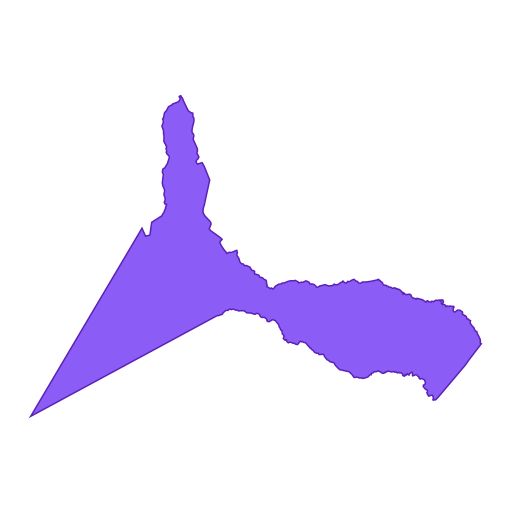 Cental Imenti, Eastern, Kenya
{"feature_id": "3690345B53474417583970", "entity_name": "Cental Imenti", "entity_type": "district", "adm_level": 2, "iso_a3": "KEN", "parent_name": "Kenya", "parent_adm1": "Eastern", "projection": "natural_earth1", "projection_center": [37.683, 0.042], "detail": "fine", "context": "isolated", "style": "filled", "palette": "violet", "viewbox_px": 512, "rotation_deg": 0, "n_neighbors": 0, "source": "geoboundaries", "source_scale": "gbopen_adm2", "svg_char_len": 6113}
<svg xmlns="http://www.w3.org/2000/svg" viewBox="0 0 512 512"><path d="M30.7,416.3L217.2,315.6L218.1,315.7L222.2,314.3L223.4,312.6L225.5,310.7L226.1,310.4L228.0,310.4L229.4,309.2L230.1,309.0L231.2,309.6L232.6,309.2L233.9,309.2L235.8,310.2L237.3,310.2L238.8,311.0L240.8,310.6L241.5,310.8L243.9,310.7L245.7,311.9L246.6,312.8L251.3,313.1L254.2,314.2L255.0,314.3L256.8,313.4L257.6,313.4L259.3,314.3L260.5,316.7L261.1,317.1L262.1,317.5L264.3,317.3L265.4,318.1L266.6,319.1L267.0,320.9L267.9,321.6L269.3,321.6L272.7,319.6L275.4,320.7L277.8,323.7L278.4,324.0L279.3,327.1L280.2,328.4L280.7,329.9L281.9,330.6L282.2,333.2L282.5,334.1L283.9,335.4L284.1,336.3L283.4,337.9L283.4,338.6L284.2,339.6L285.2,340.2L285.5,339.7L286.3,339.7L286.9,341.5L288.0,342.6L288.7,342.8L289.2,342.4L290.5,342.2L293.0,343.2L294.6,343.3L295.3,344.1L297.5,344.6L299.0,342.9L299.2,342.2L300.3,341.2L301.1,341.8L302.4,341.6L303.5,342.3L305.6,342.8L308.7,346.5L309.3,346.9L310.0,348.0L310.8,348.1L311.4,349.3L313.3,350.6L314.4,352.2L316.7,353.3L318.2,353.3L319.1,354.6L323.2,354.3L324.0,354.9L324.5,356.5L326.9,359.6L328.6,360.5L330.1,361.8L333.4,362.6L334.1,363.0L335.5,365.5L339.5,369.6L349.3,371.8L352.2,374.8L353.8,377.2L354.5,377.5L357.2,377.1L359.3,378.0L361.7,377.9L362.3,378.4L364.5,378.1L367.9,377.0L370.3,374.5L371.2,374.7L371.6,373.2L372.9,372.9L374.5,371.5L376.0,371.8L378.3,370.8L379.1,371.5L380.5,371.9L381.8,373.0L383.0,373.4L384.5,372.9L385.1,372.2L385.6,372.5L386.6,371.5L388.9,371.2L391.7,372.0L394.0,371.5L394.6,372.1L396.6,372.1L397.0,372.8L397.6,372.9L399.0,372.4L399.7,372.9L401.5,372.9L402.5,374.0L402.8,375.5L404.4,376.2L405.1,375.6L405.1,374.6L405.9,374.6L406.4,375.0L407.5,373.8L408.5,374.9L409.1,375.0L409.5,373.8L411.9,372.1L412.4,372.7L412.6,373.7L412.4,375.2L412.8,375.9L415.4,374.8L416.8,374.9L418.1,376.5L418.8,376.8L419.1,378.0L419.6,378.8L420.2,379.1L421.5,378.5L424.2,379.6L425.5,382.6L424.9,384.3L424.4,384.8L423.5,385.0L423.2,386.4L423.6,387.1L425.7,389.5L427.0,389.8L427.5,391.4L427.3,392.2L426.8,392.8L428.3,395.7L428.9,396.2L431.3,395.2L432.3,395.2L432.8,395.9L433.4,398.1L432.9,399.8L433.5,400.2L435.0,399.7L435.7,399.8L438.1,397.3L465.4,365.0L468.8,360.1L481.3,343.8L480.4,343.2L480.4,340.7L479.8,338.4L477.9,334.6L477.4,333.9L476.8,331.5L475.5,331.1L474.9,330.5L473.9,327.7L472.2,326.0L470.4,323.4L470.2,322.1L470.5,320.6L469.0,320.0L468.7,319.2L467.0,318.9L466.5,317.1L466.0,316.3L465.3,315.7L464.5,315.7L464.0,315.0L462.4,314.2L462.6,312.6L462.3,311.8L459.8,310.2L457.5,310.1L455.4,311.7L454.5,312.1L453.8,311.6L453.3,311.0L453.1,310.2L453.4,308.0L454.0,307.3L453.8,306.5L453.1,306.3L451.5,306.4L450.2,306.0L448.7,306.4L447.6,306.0L446.9,306.0L446.1,306.6L445.6,305.6L444.8,304.9L443.8,304.3L442.8,304.6L442.2,304.0L441.6,303.8L441.3,303.2L442.9,302.8L443.4,302.2L443.4,301.2L443.0,300.4L442.5,299.9L440.9,300.0L441.0,300.8L440.4,301.0L439.4,300.0L437.4,300.4L435.9,300.2L435.0,300.6L433.6,301.7L432.3,301.3L431.5,301.3L431.1,302.1L428.6,301.9L428.1,301.0L427.3,300.8L426.5,301.2L426.0,302.1L422.3,299.7L417.0,298.3L416.6,299.0L415.9,299.2L415.2,298.5L413.8,298.3L411.9,297.3L410.7,294.6L409.3,294.2L406.6,294.6L404.7,294.0L403.8,292.9L403.1,294.1L402.6,293.7L402.4,292.2L401.3,291.6L401.0,290.9L400.5,290.6L399.6,289.5L398.9,289.6L397.5,288.8L396.7,289.1L395.7,288.1L394.9,288.3L394.5,287.8L392.6,288.4L390.6,287.1L389.0,287.2L387.8,286.2L386.9,286.0L386.0,285.3L384.3,285.2L383.5,284.7L382.9,284.1L382.3,282.5L380.5,281.2L380.1,280.6L379.5,280.6L378.8,279.5L378.2,279.3L377.2,279.9L371.9,281.1L366.2,282.0L362.4,282.0L360.7,283.2L359.9,283.4L358.5,282.8L357.4,281.4L355.7,281.0L354.2,279.4L353.6,279.4L351.3,280.4L350.0,281.4L348.5,281.6L347.8,281.4L347.3,281.8L347.0,282.6L346.2,282.9L345.4,283.0L344.6,282.7L343.0,281.1L342.7,281.8L341.0,282.3L338.9,283.9L337.1,284.8L335.4,284.8L334.3,284.1L333.7,284.4L332.3,285.8L331.4,285.6L328.7,286.0L325.2,284.7L324.4,284.8L319.4,286.1L318.2,287.0L317.3,287.3L316.6,287.2L315.6,285.8L314.0,284.5L312.0,283.9L310.2,284.2L309.0,282.2L306.5,281.0L305.7,280.9L302.8,282.4L301.8,282.1L298.6,282.9L297.8,281.5L296.8,281.3L295.3,280.4L293.3,280.8L290.6,280.7L288.0,281.4L284.0,283.0L281.9,283.1L281.3,283.9L278.5,284.3L275.3,286.3L273.4,288.8L272.6,288.8L271.4,288.0L270.1,288.6L268.9,287.7L267.3,286.9L266.7,286.2L267.1,285.7L267.1,285.0L266.6,283.6L266.4,280.9L265.9,280.1L264.2,279.4L262.6,277.9L261.1,277.3L260.4,277.4L259.5,276.8L258.9,275.2L255.7,274.1L254.7,274.1L254.5,273.3L254.6,271.4L254.0,270.8L251.9,270.3L249.9,267.1L246.3,265.5L244.4,265.6L243.3,264.0L241.7,263.8L240.8,263.1L239.9,261.9L238.8,258.3L237.2,255.8L236.9,254.8L236.9,253.8L237.4,252.9L236.9,250.4L236.2,250.5L231.7,252.4L229.7,252.3L228.5,252.5L226.8,253.5L226.3,252.8L225.9,251.8L224.5,250.4L221.5,246.0L219.8,242.5L220.2,241.6L222.1,239.3L219.9,237.3L210.7,230.7L209.2,228.8L211.0,224.4L210.9,222.8L209.6,220.9L205.1,216.2L203.3,213.2L203.0,211.4L203.2,208.5L204.3,204.9L209.7,180.0L204.3,166.5L202.1,162.6L197.4,164.1L196.5,162.8L196.1,161.3L196.9,159.9L198.2,158.6L198.9,157.0L197.0,153.2L197.0,152.4L197.5,151.0L197.3,148.6L193.4,139.8L193.2,139.0L193.8,136.2L193.7,134.6L192.0,132.1L192.1,129.2L193.1,124.4L193.7,122.7L194.0,120.1L193.8,117.9L192.9,116.4L192.8,113.2L192.1,112.9L191.5,113.0L188.2,110.7L183.1,100.1L183.0,99.3L180.8,95.7L179.2,96.4L179.3,97.1L180.3,98.1L179.3,100.9L177.5,102.2L172.8,103.9L171.5,105.1L168.5,106.7L166.2,111.1L165.6,111.4L164.4,113.1L163.7,117.1L162.6,119.1L163.2,120.1L163.2,121.9L163.1,123.1L162.0,125.8L162.0,126.6L163.1,129.3L163.6,131.7L163.5,133.9L164.0,135.7L163.9,141.6L164.7,142.7L164.9,143.6L165.6,144.3L165.8,145.4L166.5,146.2L166.6,147.3L166.0,148.3L166.7,151.3L166.2,152.2L167.0,154.0L169.1,156.1L169.3,157.5L167.5,163.3L164.9,167.7L162.9,169.0L162.4,171.3L162.5,172.7L163.0,173.5L163.3,174.4L162.3,182.9L162.8,185.8L164.4,189.3L164.6,191.6L164.1,193.2L164.0,195.0L165.2,198.5L164.8,201.5L164.2,202.2L164.8,203.8L165.4,204.1L166.1,204.0L166.6,204.5L165.6,207.2L165.5,208.6L164.5,210.5L164.4,211.4L162.3,214.8L162.0,215.7L151.7,222.3L149.9,235.1L145.5,236.1L142.0,228.2L30.7,416.3Z" fill="#8b5cf6" stroke="#5b21b6" stroke-width="1.5"/></svg>